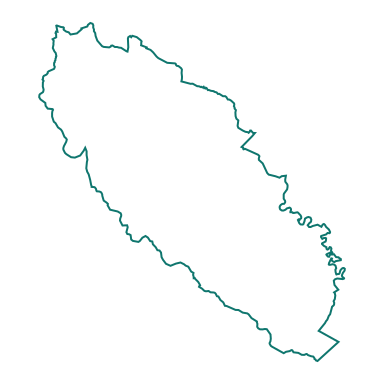 the district of I. L. Caragiale, Dâmbovita, Romania
{"feature_id": "2599482B67879867779478", "entity_name": "I. L. Caragiale", "entity_type": "district", "adm_level": 2, "iso_a3": "ROU", "parent_name": "Romania", "parent_adm1": "Dâmbovita", "projection": "mercator", "projection_center": [25.703, 44.911], "detail": "fine", "context": "isolated", "style": "outline", "palette": "teal", "viewbox_px": 384, "rotation_deg": 0, "n_neighbors": 0, "source": "geoboundaries", "source_scale": "gbopen_adm2", "svg_char_len": 5878}
<svg xmlns="http://www.w3.org/2000/svg" viewBox="0 0 384 384"><path d="M317.5,361.0L338.5,341.9L318.7,330.9L325.0,323.1L326.0,321.2L327.3,319.7L328.8,315.9L330.1,314.3L332.1,306.7L333.7,305.3L334.1,304.4L334.2,302.7L333.6,301.2L334.8,299.1L335.3,295.5L334.8,293.2L334.1,292.4L338.3,289.7L334.5,285.0L333.8,280.7L335.0,279.3L337.2,278.5L342.8,279.1L344.0,278.6L344.1,278.3L343.9,278.0L342.2,276.7L341.9,275.3L342.9,272.9L344.6,270.6L344.8,268.8L343.8,268.0L342.7,268.1L341.9,268.6L340.4,270.3L339.5,273.5L338.9,274.0L337.2,274.1L336.6,274.5L336.3,274.4L335.6,272.1L335.4,269.7L336.2,268.2L335.5,265.7L334.5,264.8L332.8,264.2L330.2,264.8L329.2,264.8L328.8,264.5L329.0,263.1L331.3,258.4L332.0,258.6L331.6,259.8L331.9,260.4L332.5,261.2L334.3,262.1L335.8,261.1L340.8,260.2L340.9,259.8L340.8,259.0L338.7,257.7L338.5,257.3L336.1,257.1L333.9,254.2L332.0,254.6L330.4,254.2L329.0,256.8L327.8,256.5L326.5,254.9L326.4,254.5L326.9,254.1L330.0,252.7L330.6,252.8L331.0,253.3L332.3,253.1L332.4,252.6L331.0,250.9L331.4,248.5L330.7,247.3L329.7,247.1L328.4,249.2L327.3,249.6L326.5,248.8L326.4,247.2L323.8,245.8L322.0,244.0L322.0,243.5L322.3,243.2L325.6,241.5L326.0,240.1L326.1,238.3L325.3,237.9L323.7,238.1L322.3,238.9L321.1,237.2L321.0,236.6L321.2,236.0L326.2,234.4L327.5,233.0L329.5,233.2L330.0,232.7L330.1,232.0L328.9,229.5L326.0,226.8L325.1,225.1L324.1,224.1L323.8,224.0L322.7,224.6L321.4,226.8L317.6,224.7L312.7,226.0L310.7,227.0L309.1,227.0L307.7,225.2L309.7,222.7L310.5,222.4L311.1,221.3L311.3,219.6L310.5,217.7L308.6,217.0L307.2,217.3L305.0,218.6L304.5,221.2L303.3,224.3L302.3,224.6L300.5,224.4L299.3,223.2L297.9,220.0L298.5,219.4L299.5,220.0L300.2,218.8L301.1,218.4L301.3,217.1L300.7,215.5L298.0,212.6L297.3,212.3L293.8,213.0L292.9,212.9L292.5,212.3L290.4,212.2L290.4,211.4L291.0,210.1L291.0,209.1L290.5,208.2L289.6,207.6L286.9,208.4L285.5,209.7L283.6,210.5L281.9,210.5L280.3,209.5L279.9,208.8L279.6,207.1L279.9,206.1L280.8,204.9L282.3,203.9L284.1,203.8L285.1,202.5L285.2,201.4L285.0,200.7L283.7,198.7L283.7,194.6L284.0,193.6L287.1,189.4L287.5,187.3L287.6,185.7L287.3,184.4L285.3,181.7L285.2,179.6L285.9,175.7L281.7,176.2L279.5,177.7L275.6,176.3L268.7,174.6L267.2,173.0L262.7,163.4L258.9,159.9L258.8,158.5L259.4,156.2L258.8,155.4L258.0,154.7L245.2,148.9L243.5,149.3L243.2,148.8L243.2,147.7L241.6,147.0L252.2,136.2L254.9,133.0L253.0,132.9L250.9,130.5L250.1,130.6L249.5,132.1L248.6,132.8L248.0,132.2L245.4,131.8L242.7,130.5L238.3,127.8L237.6,125.9L238.3,120.4L236.4,118.7L235.6,116.2L235.4,112.4L235.9,110.1L234.6,108.6L234.6,107.5L233.9,106.2L234.3,104.8L234.1,103.4L231.2,100.7L229.4,99.6L227.8,99.5L226.3,97.0L225.2,96.2L223.0,96.2L219.2,93.8L218.0,94.0L216.6,92.4L214.3,91.8L213.8,91.2L210.9,90.8L208.9,90.0L207.9,90.1L206.5,88.0L205.4,88.5L204.9,87.6L204.1,88.0L203.6,86.8L202.7,87.5L201.3,86.8L200.9,87.1L199.0,86.3L197.2,86.2L192.7,83.7L190.5,83.8L181.4,81.4L181.9,79.1L182.0,76.7L181.6,73.0L181.9,69.5L181.1,68.2L178.5,66.1L176.8,65.8L176.1,65.1L175.7,63.8L175.0,63.4L167.2,62.8L158.3,58.1L156.6,56.6L153.1,52.3L150.5,49.9L146.3,48.3L146.7,47.4L141.1,45.3L141.3,44.0L141.2,43.0L141.6,41.3L140.4,40.0L136.7,37.1L132.3,35.8L131.2,37.2L130.1,36.0L128.3,37.2L127.9,38.6L128.3,47.3L127.5,51.6L126.5,51.3L121.1,47.8L119.0,47.6L117.1,47.0L114.9,47.0L112.5,45.5L111.2,45.7L110.7,46.6L109.2,47.4L103.7,46.9L102.1,46.2L97.3,40.6L95.6,36.0L95.2,33.1L93.9,31.1L94.0,29.6L93.2,27.5L93.3,25.3L92.6,23.8L91.8,23.5L90.3,23.0L88.0,24.8L87.3,26.5L81.4,28.4L81.7,29.2L76.9,33.4L70.5,34.5L68.7,32.3L66.2,31.6L63.8,29.8L63.6,29.4L63.9,27.9L63.4,27.3L61.0,27.0L56.8,25.5L56.3,25.7L57.5,31.8L56.0,31.6L55.5,33.1L56.1,33.8L56.2,37.3L52.6,39.2L53.7,40.8L53.4,43.2L53.5,44.5L52.8,48.0L54.4,51.4L55.7,53.0L56.4,56.1L55.9,56.8L56.0,57.7L55.5,58.6L55.4,60.3L54.8,61.0L54.7,62.3L54.1,63.0L54.1,65.4L54.8,66.8L54.6,67.6L54.0,68.9L48.6,71.3L47.7,72.2L47.7,73.2L46.5,74.6L43.8,75.9L43.1,77.0L43.0,78.8L42.5,79.4L42.7,79.9L43.5,80.6L43.5,81.2L42.9,82.3L42.8,86.5L43.6,89.5L43.4,91.0L42.9,92.2L40.0,94.1L39.4,95.0L39.2,97.2L40.5,99.4L45.3,102.9L45.6,105.8L47.7,108.6L52.6,109.1L53.0,109.9L52.4,111.0L52.1,113.1L52.1,116.6L53.8,121.7L55.5,123.1L58.0,127.4L61.0,129.6L62.2,131.4L64.4,136.8L66.2,138.5L66.8,139.6L66.2,141.8L63.9,146.2L63.3,148.2L63.4,149.7L65.0,152.9L66.4,154.2L71.1,157.2L74.9,157.6L80.2,155.5L83.7,150.7L85.2,147.8L86.6,151.3L86.6,155.1L87.4,159.8L86.9,162.0L86.3,168.3L87.2,171.7L88.7,174.4L90.2,180.0L91.2,185.2L91.6,186.0L91.6,186.9L94.2,187.1L95.0,187.5L96.0,188.9L96.4,190.7L96.8,191.3L99.2,191.5L100.7,192.0L101.5,192.9L102.2,194.4L102.3,195.8L103.7,200.6L106.7,202.7L107.9,203.9L107.6,205.3L110.1,209.7L117.7,211.5L120.7,213.3L121.2,214.7L121.2,215.9L120.2,218.6L120.0,220.6L122.5,225.5L127.1,225.3L127.7,227.1L126.4,232.2L127.3,234.0L129.2,234.3L130.6,235.1L131.2,239.5L132.9,240.9L138.4,241.9L139.8,241.0L142.4,237.7L145.5,236.0L147.9,237.6L150.2,241.1L152.3,241.5L152.9,244.3L155.7,247.2L157.4,250.2L159.5,250.5L161.0,252.5L161.6,257.2L163.0,259.8L166.0,263.8L170.5,265.8L175.9,263.6L180.5,262.5L184.1,264.3L185.6,265.6L188.3,266.7L191.2,271.6L193.5,272.9L193.1,274.9L193.6,276.5L193.7,278.2L194.7,278.0L195.0,278.7L198.2,281.9L199.5,284.1L200.1,285.3L199.4,285.9L199.0,286.8L202.0,288.6L204.4,290.9L206.0,291.3L208.6,291.0L210.5,292.3L213.8,292.5L214.8,292.8L215.7,293.7L216.9,296.2L218.4,296.5L220.4,300.0L223.3,302.4L224.9,305.8L226.6,306.0L235.5,309.9L238.5,310.0L242.7,312.6L247.3,313.4L248.6,314.3L251.5,318.1L256.9,321.5L256.8,322.1L257.4,323.8L257.2,326.8L258.2,328.3L259.9,329.3L262.5,329.4L264.9,329.0L266.8,329.2L270.5,334.5L270.8,338.7L270.4,341.4L269.7,342.7L269.6,343.7L270.8,345.8L272.2,346.8L283.7,353.2L286.0,351.8L289.7,351.1L291.4,350.1L292.3,350.3L293.5,352.3L298.4,352.9L301.7,354.8L304.2,354.9L306.3,354.0L306.9,354.1L308.0,355.1L311.0,356.2L313.3,356.6L314.4,358.1L314.5,359.0L315.5,359.5L315.9,360.4L317.5,361.0Z" fill="none" stroke="#0f766e" stroke-width="2"/></svg>